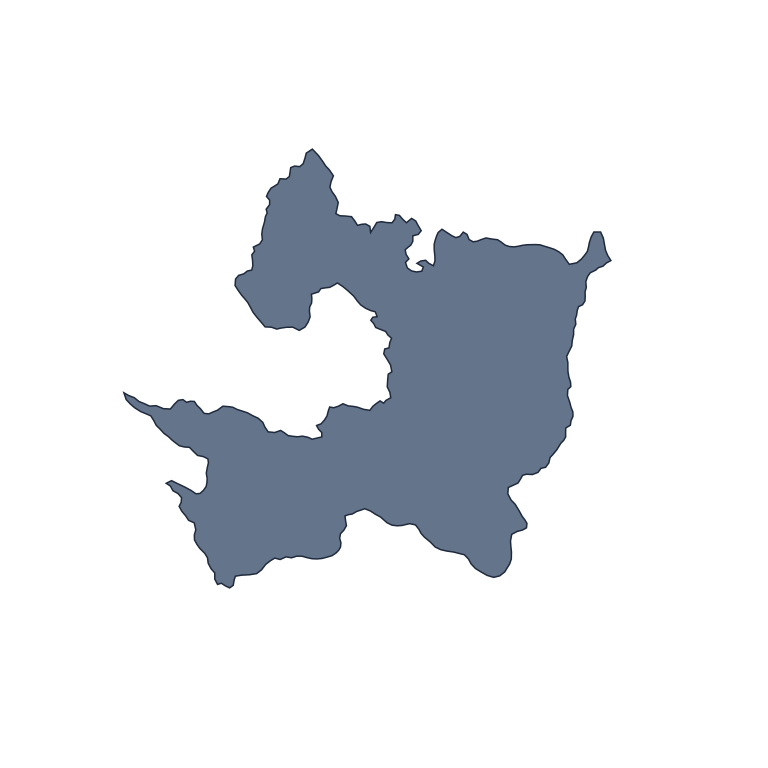 Paraopeba, Minas Gerais, Brazil (Natural Earth projection), rotated 134°
{"feature_id": "56859067B72424561041382", "entity_name": "Paraopeba", "entity_type": "district", "adm_level": 2, "iso_a3": "BRA", "parent_name": "Brazil", "parent_adm1": "Minas Gerais", "projection": "natural_earth1", "projection_center": [-44.448, -19.279], "detail": "fine", "context": "isolated", "style": "filled", "palette": "slate", "viewbox_px": 768, "rotation_deg": 134, "n_neighbors": 0, "source": "geoboundaries", "source_scale": "gbopen_adm2", "svg_char_len": 5715}
<svg xmlns="http://www.w3.org/2000/svg" viewBox="0 0 768 768"><g transform="rotate(134 384 384)"><path d="M573.3,329.8L568.5,327.2L564.8,323.3L562.4,318.8L559.7,314.4L556.4,310.7L552.7,307.5L548.5,304.9L543.5,302.1L538.8,301.1L535.1,301.1L531.7,301.9L528.2,304.6L525.7,308.8L521.9,311.3L517.2,311.3L512.0,312.6L509.0,316.7L506.0,320.4L502.6,318.8L499.6,316.5L494.6,315.1L491.1,313.2L487.1,311.2L484.8,305.6L483.8,300.3L482.1,294.1L481.7,285.5L480.0,280.2L476.9,276.1L473.4,272.9L470.3,270.9L466.6,268.5L463.5,263.5L464.3,257.8L465.7,253.7L466.1,248.5L465.5,240.9L465.7,233.9L463.8,228.2L460.7,223.0L456.4,217.0L453.5,211.9L451.0,207.6L451.2,201.7L452.9,196.4L453.2,190.1L451.8,183.6L450.0,176.8L446.9,170.8L441.7,167.5L435.3,166.6L430.5,167.7L426.2,168.6L421.5,170.8L416.3,175.6L412.9,179.7L409.1,183.9L403.4,187.7L397.4,185.7L392.8,182.9L388.5,181.6L385.0,184.3L383.9,188.2L383.2,192.7L381.3,198.8L379.4,206.0L379.2,211.9L377.0,218.6L372.1,222.7L366.8,220.6L362.1,218.8L357.0,219.9L353.4,220.9L349.9,218.8L346.1,214.4L340.6,211.8L335.6,212.5L331.7,209.9L326.3,210.6L321.5,213.5L317.6,213.5L311.2,214.0L303.9,215.6L299.6,215.6L295.8,216.6L293.1,219.3L289.4,222.7L284.2,221.3L280.6,223.9L276.0,225.6L272.9,228.7L270.9,233.2L268.2,237.5L264.9,244.0L260.2,248.0L256.1,247.8L253.0,251.2L250.6,255.8L247.2,260.4L244.3,263.3L240.8,266.7L237.4,271.7L232.7,273.3L226.3,275.3L221.9,278.8L216.9,281.8L212.8,285.7L207.8,287.5L204.3,291.6L200.5,293.4L197.0,296.0L193.2,297.8L189.1,296.2L184.7,297.1L181.4,299.9L177.9,303.5L174.1,305.5L170.2,309.9L165.3,312.2L160.7,312.9L155.0,310.8L151.4,310.6L147.1,308.3L142.5,308.1L137.6,306.5L136.2,312.2L134.0,317.4L130.2,322.7L126.6,327.7L124.2,333.8L128.9,338.6L134.4,337.1L139.5,334.6L143.5,332.0L147.4,329.8L152.3,329.1L157.1,328.8L162.9,329.5L169.2,333.9L168.1,340.0L166.9,345.1L167.5,350.3L168.8,355.0L171.1,359.8L173.6,364.6L175.4,368.3L178.1,371.5L181.6,375.0L184.3,377.7L188.0,380.7L191.5,383.0L194.9,385.6L198.0,389.3L199.9,393.2L200.5,398.4L201.3,402.5L204.8,407.1L208.1,412.1L213.0,414.6L216.6,416.2L219.8,418.7L221.0,423.1L218.7,428.2L219.7,432.5L225.2,432.0L228.8,434.0L230.2,438.2L231.2,443.4L232.4,449.8L237.4,450.3L241.2,448.9L245.1,447.0L248.6,445.0L252.6,441.1L257.0,435.9L260.0,432.9L264.6,430.6L266.1,435.7L266.1,440.0L270.0,443.0L274.3,444.1L272.5,437.0L276.6,435.2L280.8,438.4L283.5,442.7L284.3,447.8L281.6,453.0L276.7,453.0L275.4,458.2L272.7,462.0L269.1,461.7L265.4,461.2L261.3,462.4L257.4,466.2L252.6,463.3L247.9,463.7L246.2,469.9L244.7,474.4L245.7,479.2L252.4,479.9L252.5,485.2L252.0,490.0L254.2,493.4L258.0,490.7L262.5,490.2L265.9,494.1L269.0,498.6L272.9,501.4L277.3,500.3L284.3,498.9L280.4,503.7L281.6,508.3L284.6,511.0L288.3,513.3L287.0,518.3L286.2,523.6L290.1,528.6L293.7,532.7L294.9,537.0L291.0,539.3L285.2,543.0L282.8,549.3L281.8,555.0L280.0,559.6L275.3,562.6L269.4,565.0L267.9,572.2L267.7,577.2L266.5,582.5L265.2,589.7L264.8,598.7L271.9,600.3L276.5,597.7L281.6,595.2L286.2,595.6L289.3,599.7L293.2,601.4L296.8,598.8L300.5,596.2L304.6,596.8L308.6,601.4L313.8,599.3L317.4,600.2L321.6,601.3L326.5,600.4L330.7,598.8L331.2,594.0L334.4,590.9L340.1,590.2L342.2,586.8L345.9,585.6L350.5,582.5L356.8,579.2L361.1,576.0L364.7,571.7L369.6,570.7L376.3,573.1L378.3,569.4L382.9,568.8L386.4,564.4L390.1,560.5L393.9,558.3L397.7,560.8L402.2,561.4L406.8,564.0L411.6,563.7L416.6,559.6L418.0,553.7L419.0,548.2L419.4,543.6L420.0,538.6L421.6,533.4L423.4,528.0L424.3,521.7L424.9,515.1L425.5,509.2L421.3,504.4L419.0,499.3L415.8,497.3L411.0,493.6L406.5,489.1L404.3,482.2L398.0,480.4L392.3,481.5L387.0,483.8L383.3,488.4L380.0,491.1L376.1,492.3L372.7,495.2L369.8,498.6L363.2,495.0L359.2,495.7L355.6,493.0L352.2,490.2L348.0,488.8L343.7,487.7L342.5,481.3L342.0,474.9L341.8,466.9L342.8,461.0L343.3,455.7L342.3,449.8L340.4,444.5L338.1,440.4L340.4,435.7L343.7,438.4L347.3,437.8L347.7,433.3L349.1,429.2L347.4,424.9L345.1,419.4L346.1,414.9L345.8,410.4L350.4,408.5L354.5,405.5L358.3,407.8L362.5,405.1L364.2,398.3L365.8,392.5L369.8,386.8L374.0,387.8L378.4,384.3L383.8,379.7L385.9,374.0L389.2,369.6L394.4,371.2L398.0,370.9L398.9,375.1L403.5,376.0L407.7,376.5L412.8,375.9L416.5,381.3L419.0,386.8L421.7,390.9L424.6,394.5L426.7,399.8L431.7,401.4L436.0,403.7L438.3,407.1L441.8,405.5L446.6,402.8L451.4,401.8L456.4,401.6L460.7,403.7L462.0,399.6L462.2,395.0L465.3,392.0L469.2,394.5L473.6,397.3L475.2,401.8L478.2,406.5L481.9,409.4L484.7,412.9L487.7,417.1L488.3,421.8L489.2,426.1L494.8,428.9L498.9,434.1L497.7,439.8L495.8,444.5L496.0,450.7L498.1,456.7L499.5,462.1L501.6,466.5L504.3,471.9L505.8,476.7L508.1,479.9L511.9,484.5L518.6,485.6L523.2,487.7L527.2,489.3L530.1,493.0L529.3,498.9L529.3,503.7L528.3,508.3L531.0,511.4L534.3,513.3L534.9,517.8L538.6,520.6L543.8,520.8L550.4,520.3L555.0,525.6L557.9,532.9L562.7,537.2L564.6,542.7L566.8,548.1L567.3,554.1L569.7,559.8L571.0,565.0L574.3,558.6L574.6,552.6L574.3,546.8L572.8,539.7L570.6,534.1L568.9,529.6L570.3,524.0L572.0,519.0L572.0,513.7L572.4,508.0L571.6,502.5L571.6,497.5L571.2,493.4L570.6,488.4L568.1,484.0L564.7,479.9L564.9,474.1L564.9,468.5L561.7,463.5L560.2,458.7L562.6,455.6L566.8,453.1L571.6,449.9L574.7,445.7L577.8,443.0L581.3,440.7L585.9,440.0L590.5,440.3L593.6,443.0L594.6,448.9L596.5,455.7L598.9,462.8L601.1,469.7L606.7,471.7L605.8,466.7L607.4,461.7L605.9,456.0L606.4,450.7L610.0,447.7L614.3,446.4L616.0,441.0L616.6,435.2L617.8,429.8L615.7,424.1L619.6,418.1L624.3,415.6L627.8,412.0L629.2,407.5L630.2,402.4L630.3,395.4L631.6,390.3L635.1,385.9L637.0,380.1L637.5,374.5L641.9,370.2L643.8,364.5L640.3,362.6L639.4,357.8L637.9,353.4L633.6,352.6L629.1,355.6L625.5,357.4L620.5,353.7L614.7,348.3L608.9,343.9L602.7,343.0L596.0,343.8L589.8,342.9L585.1,341.6L582.4,336.8L576.3,334.3L573.3,329.8Z" fill="#64748b" stroke="#1e293b" stroke-width="1.5"/></g></svg>